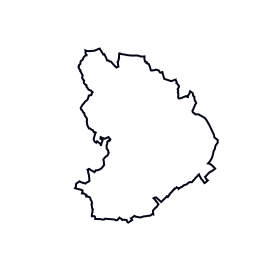 the district of Lopadea Noua, Alba, Romania, rotated 243°
{"feature_id": "2599482B252986267254", "entity_name": "Lopadea Noua", "entity_type": "district", "adm_level": 2, "iso_a3": "ROU", "parent_name": "Romania", "parent_adm1": "Alba", "projection": "equal_earth", "projection_center": [23.856, 46.282], "detail": "fine", "context": "isolated", "style": "outline", "palette": "ink", "viewbox_px": 256, "rotation_deg": 243, "n_neighbors": 0, "source": "geoboundaries", "source_scale": "gbopen_adm2", "svg_char_len": 5773}
<svg xmlns="http://www.w3.org/2000/svg" viewBox="0 0 256 256"><g transform="rotate(243 128 128)"><path d="M76.5,202.5L80.3,200.7L82.9,201.5L93.5,201.8L98.1,201.6L100.3,201.4L101.7,201.1L103.0,200.4L104.7,199.4L107.1,197.6L107.8,197.4L108.2,196.9L109.7,194.1L110.2,194.1L112.6,192.9L114.2,193.3L114.7,194.1L115.1,194.9L116.2,195.7L116.7,196.7L118.4,198.5L119.2,200.1L121.4,200.2L121.7,200.0L122.4,200.1L124.4,200.6L125.7,201.3L127.1,200.7L129.7,201.5L132.5,200.0L131.2,198.8L129.8,196.7L129.6,196.1L128.4,195.4L128.6,195.0L129.8,194.7L130.1,194.1L130.2,192.2L130.4,191.3L130.4,189.4L130.6,188.5L131.2,186.8L132.6,186.6L134.5,187.8L136.1,188.6L136.9,188.4L137.1,188.7L137.5,188.9L138.6,189.8L140.0,189.8L141.4,192.0L142.4,192.5L142.8,192.3L143.4,192.4L143.8,192.1L144.5,192.0L146.6,192.0L146.6,191.9L147.4,192.4L149.2,192.1L149.5,192.3L150.1,187.8L155.4,182.6L162.3,184.0L162.4,183.7L162.2,182.8L162.4,182.2L162.8,181.8L163.1,181.6L165.2,181.6L165.6,181.1L166.5,180.4L166.8,179.9L167.4,179.2L167.4,178.7L167.6,177.5L167.9,176.8L168.1,176.5L168.2,175.6L169.0,174.5L173.0,175.4L173.9,175.3L175.4,175.6L177.4,174.0L178.0,174.7L179.5,173.3L182.2,174.0L184.3,175.2L185.2,173.0L185.9,171.9L187.5,170.3L188.1,169.5L189.0,168.0L189.4,167.1L190.8,164.3L193.0,160.8L194.5,159.0L196.4,156.3L197.2,155.3L198.3,154.4L199.1,154.4L198.0,153.8L195.9,152.5L194.3,151.7L194.2,151.3L192.9,150.6L192.7,150.2L191.5,149.1L191.4,148.6L190.9,148.6L187.0,147.3L187.4,145.3L187.3,145.1L189.9,144.2L194.8,143.0L195.6,141.9L197.0,141.3L197.7,140.0L200.8,140.4L204.5,140.4L204.6,139.4L211.7,138.8L212.0,134.5L212.0,133.7L212.3,132.7L214.1,128.3L215.4,126.1L216.5,125.3L213.6,124.0L211.8,124.3L211.6,124.1L212.1,123.6L211.3,120.9L210.2,119.4L209.8,119.1L209.4,118.5L209.3,118.1L209.2,117.1L209.0,116.4L208.8,116.0L208.3,115.6L207.5,115.1L206.7,114.7L206.4,113.2L206.1,112.8L205.3,112.4L205.3,111.9L204.6,111.5L204.1,111.5L203.5,111.3L200.9,111.8L200.4,111.2L199.3,111.4L198.1,111.4L195.5,111.5L195.1,111.3L194.4,110.5L193.2,109.8L192.9,110.0L191.5,109.9L190.3,110.5L188.9,109.4L188.7,109.3L187.9,109.2L185.9,109.7L185.6,109.8L185.1,110.4L184.3,110.3L183.8,109.8L183.3,109.7L182.7,109.8L181.8,110.2L180.7,110.3L180.0,110.2L179.6,110.7L178.5,111.6L178.3,112.0L177.1,112.2L176.1,112.7L176.0,112.2L175.3,111.4L174.7,111.1L174.3,110.8L174.0,110.2L174.7,108.1L174.4,107.5L174.0,107.4L173.7,107.1L173.3,106.4L172.2,105.6L172.0,105.3L171.3,103.6L170.9,101.6L170.1,100.1L169.3,98.0L167.5,95.2L167.0,94.8L166.5,94.7L166.0,94.6L165.3,95.0L164.6,95.2L162.0,95.2L161.4,95.7L161.0,95.8L160.5,95.7L159.4,95.3L158.8,95.2L156.9,95.4L155.4,95.7L153.6,95.1L152.5,94.2L150.0,93.4L149.9,93.3L148.1,93.0L145.8,93.0L145.2,93.1L145.1,93.5L144.8,94.0L144.2,94.3L143.5,94.4L141.7,95.8L140.7,95.6L139.9,95.6L138.9,96.3L139.2,96.7L138.6,97.2L137.1,95.5L134.0,92.6L132.6,92.1L130.4,92.2L130.0,93.0L129.4,93.1L130.2,94.4L126.9,96.0L126.1,96.2L125.3,96.0L125.1,96.1L125.0,96.3L126.5,97.5L127.6,98.8L128.8,100.0L129.0,100.0L130.0,99.2L130.9,98.6L131.9,99.1L132.3,99.5L130.5,100.9L128.9,102.5L128.9,103.0L128.9,103.9L128.8,106.5L125.8,107.1L125.0,105.7L125.6,105.4L125.3,103.6L125.1,103.3L124.7,103.1L124.3,103.0L123.5,102.4L123.0,102.0L122.4,101.1L120.4,100.1L118.7,99.7L118.0,100.0L116.3,100.0L115.2,99.4L114.8,99.6L113.7,98.5L113.5,98.1L112.6,96.8L112.7,95.5L112.5,94.9L111.6,92.5L111.0,91.6L109.5,91.4L107.8,90.7L106.2,89.9L105.8,89.9L105.2,88.3L104.8,87.8L104.4,86.7L104.0,85.4L104.0,84.8L104.0,82.6L104.1,82.0L104.9,79.9L104.3,79.1L104.2,78.6L103.8,78.0L103.9,77.9L104.2,77.9L105.1,77.4L107.5,75.6L108.6,75.2L109.3,74.7L109.4,74.3L109.1,73.5L109.1,72.9L108.2,73.0L107.6,72.9L106.6,72.3L105.6,72.1L103.7,71.8L102.4,71.2L100.7,70.7L99.7,70.1L98.2,69.5L98.1,68.3L98.2,66.5L98.0,65.7L97.8,64.8L97.9,64.7L98.1,64.7L98.4,64.4L98.7,63.9L99.4,63.4L99.5,63.0L99.6,62.8L100.7,62.0L101.3,61.3L102.5,60.7L102.3,59.9L102.2,58.3L102.0,57.4L102.0,56.7L101.2,56.0L100.1,55.4L99.4,54.9L98.4,53.5L94.4,58.0L92.9,59.2L90.6,57.3L90.1,58.2L90.1,58.4L90.0,58.6L89.4,59.2L88.2,59.7L87.5,60.4L87.1,60.5L86.5,60.4L86.4,60.4L86.5,60.0L86.2,59.9L86.0,59.6L85.9,59.6L85.8,59.9L85.1,60.9L85.1,61.1L84.8,61.3L83.9,62.4L83.6,62.5L83.1,62.6L81.3,62.2L79.6,62.3L78.8,62.2L77.4,61.9L77.2,61.5L76.6,61.2L76.5,60.8L76.3,60.6L74.7,60.4L73.1,59.6L71.6,59.8L71.3,59.7L70.5,58.7L70.1,58.7L68.4,57.6L68.2,57.1L66.5,56.1L65.7,55.8L65.4,56.7L64.8,57.9L64.2,58.2L63.4,58.1L61.8,57.5L59.4,62.0L58.0,63.6L57.7,64.6L57.3,65.1L57.4,65.8L57.6,66.3L56.7,67.8L53.0,73.8L52.4,74.6L51.4,75.4L50.8,76.4L50.7,76.7L51.0,77.0L52.0,79.7L50.8,80.2L50.6,80.5L49.7,81.0L48.6,81.2L48.1,82.9L47.5,83.4L46.8,85.0L45.2,84.7L44.1,84.9L43.6,85.2L44.1,89.9L46.1,89.6L46.0,90.0L46.8,93.9L45.6,94.5L42.7,98.3L42.1,101.8L41.1,104.4L40.3,107.0L39.8,108.1L40.3,110.6L39.5,111.3L42.7,112.5L43.1,112.9L44.5,116.3L44.5,117.3L46.2,120.5L52.9,119.3L53.8,118.9L53.8,120.2L53.4,121.6L47.0,124.0L49.1,130.6L49.5,131.5L48.4,132.1L49.0,133.3L49.2,133.2L50.2,135.5L50.4,135.5L51.7,139.4L51.9,139.3L52.9,142.0L52.4,142.2L53.1,144.5L52.6,144.6L52.4,144.7L52.0,145.1L51.5,145.9L51.3,146.0L50.9,145.8L51.1,146.7L51.1,147.4L51.3,148.4L51.1,149.4L51.1,149.7L51.2,150.4L51.6,151.2L51.6,151.7L51.6,152.4L51.3,153.4L51.2,154.9L51.7,156.6L51.8,157.3L51.7,158.7L50.9,159.8L50.8,160.3L50.9,161.1L51.3,161.7L51.7,162.8L51.8,163.3L53.1,166.0L53.2,166.9L54.3,169.4L54.5,170.2L53.3,170.1L52.4,170.0L51.6,170.2L50.1,170.1L48.6,170.3L47.2,170.8L45.5,171.0L44.2,171.1L44.2,171.4L44.5,173.2L45.1,175.3L46.1,174.7L49.5,174.5L50.2,177.0L50.9,178.5L51.4,180.1L51.6,181.6L51.4,182.7L52.2,187.2L53.3,187.0L57.2,185.6L58.7,184.7L59.6,184.0L60.1,183.3L60.8,185.1L61.5,186.5L63.4,189.4L65.9,191.7L68.0,193.4L68.7,194.0L69.7,195.6L70.4,196.3L72.5,197.9L74.3,201.4L75.3,201.8L76.5,202.5Z" fill="none" stroke="#020617" stroke-width="2"/></g></svg>